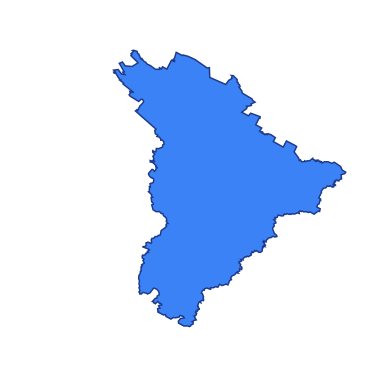 Tlalixcoyan, Veracruz, Mexico, rotated 298°
{"feature_id": "50627088B62084484750594", "entity_name": "Tlalixcoyan", "entity_type": "district", "adm_level": 2, "iso_a3": "MEX", "parent_name": "Mexico", "parent_adm1": "Veracruz", "projection": "equal_earth", "projection_center": [-96.202, 18.773], "detail": "fine", "context": "isolated", "style": "filled", "palette": "blue", "viewbox_px": 384, "rotation_deg": 298, "n_neighbors": 0, "source": "geoboundaries", "source_scale": "gbopen_adm2", "svg_char_len": 6043}
<svg xmlns="http://www.w3.org/2000/svg" viewBox="0 0 384 384"><g transform="rotate(298 192 192)"><path d="M289.0,73.1L288.9,74.5L285.4,73.2L285.1,74.5L283.7,74.1L280.8,83.7L274.7,80.2L272.0,73.8L274.1,69.5L271.5,67.4L266.3,75.6L265.3,74.6L264.1,77.5L263.0,74.4L265.5,69.3L262.8,65.6L262.0,67.8L261.0,66.6L260.4,67.6L261.2,68.6L257.0,75.9L258.0,77.2L256.8,76.0L256.0,80.6L255.0,80.4L252.4,94.0L251.5,89.9L250.2,91.2L248.3,90.8L247.6,92.2L246.9,102.5L249.8,103.4L250.5,104.8L250.3,105.4L249.3,106.8L247.4,106.8L243.5,105.6L238.5,105.8L238.9,104.8L237.0,104.0L230.6,130.7L228.8,130.2L226.2,132.3L226.2,135.1L224.6,134.9L225.0,137.2L224.6,138.9L223.1,140.1L223.8,141.1L223.3,143.2L221.3,144.9L220.1,144.1L217.7,144.8L214.6,142.2L213.7,140.1L210.6,141.2L209.9,139.4L210.2,138.0L209.7,138.0L208.6,138.8L208.1,141.3L205.2,140.7L203.4,142.8L201.9,142.7L201.7,144.2L200.8,143.7L200.2,140.3L199.0,140.9L199.8,144.6L199.4,144.5L198.3,147.9L197.4,148.1L197.7,148.8L197.0,149.8L196.3,149.1L194.8,149.7L192.6,149.2L193.5,147.0L193.2,146.1L188.3,144.9L187.2,145.3L186.0,147.3L185.4,149.5L185.8,149.9L185.6,151.8L184.1,152.9L182.1,153.3L179.7,151.0L177.5,152.5L176.7,151.9L176.3,152.9L175.6,152.5L172.5,154.0L171.8,153.5L170.8,157.5L169.4,158.1L168.9,159.7L167.7,158.6L164.4,161.1L163.9,163.1L162.9,163.6L161.7,162.5L158.0,166.0L157.8,169.6L159.4,172.4L158.6,174.9L159.2,176.4L157.7,178.0L157.1,181.2L155.5,182.8L154.0,183.0L153.0,185.4L152.7,184.6L151.1,184.4L150.2,184.8L150.1,185.5L148.9,185.5L143.5,182.9L139.1,184.2L137.8,182.5L136.7,182.5L135.2,180.3L133.1,179.9L132.2,178.4L130.6,178.4L128.3,180.2L127.5,180.0L127.1,176.7L125.4,175.3L123.6,176.5L122.1,176.3L120.4,173.9L121.1,180.0L120.9,181.6L118.9,180.6L118.3,181.7L117.9,180.7L116.8,180.9L116.0,179.9L115.1,180.3L113.3,179.1L113.3,178.2L112.1,178.0L110.5,179.0L110.2,181.1L108.5,180.8L106.9,183.2L104.0,181.7L103.5,182.7L101.8,182.2L101.6,182.8L99.8,183.2L98.4,184.3L97.6,183.7L95.6,184.6L93.5,184.3L90.4,185.6L88.9,187.3L86.0,188.3L84.0,190.3L82.8,190.0L80.4,192.4L78.8,192.1L78.4,193.3L77.5,193.7L78.1,195.1L80.4,195.9L81.3,199.5L81.0,200.5L83.3,202.3L89.0,203.2L89.5,204.4L89.5,206.9L88.5,209.4L86.0,211.3L83.7,210.1L81.7,210.9L80.9,209.5L76.7,208.4L77.0,209.7L76.2,210.1L76.1,212.1L79.4,213.2L78.4,215.4L79.0,216.6L78.5,217.9L77.9,218.3L76.9,216.5L75.8,215.9L74.4,218.2L72.9,216.4L70.6,217.9L70.5,218.8L70.0,218.6L70.0,224.5L71.3,226.1L69.9,227.5L69.9,233.1L72.4,234.4L73.0,236.2L75.4,239.3L77.4,239.4L78.0,242.9L77.2,244.3L74.9,241.3L71.5,240.6L69.9,241.7L69.9,247.7L71.8,251.3L71.9,252.8L73.1,253.7L74.3,253.6L75.7,254.9L77.0,254.6L77.5,253.2L77.8,253.8L78.9,253.6L81.1,255.8L82.2,253.6L83.0,253.4L83.4,252.0L85.3,253.4L86.9,253.1L87.1,251.8L88.3,251.4L88.6,252.5L90.0,252.7L90.3,252.0L91.9,253.5L92.6,253.1L92.8,251.5L94.0,251.2L94.1,250.3L97.4,249.9L98.5,250.1L98.4,251.7L99.2,250.9L100.7,251.3L101.5,253.1L102.7,252.7L103.5,251.4L104.9,251.4L107.1,248.9L107.1,247.7L109.8,247.5L110.9,248.0L111.0,248.9L112.6,248.6L114.2,250.2L114.6,253.6L115.1,254.1L116.2,253.3L117.5,255.8L119.6,257.4L120.0,259.5L123.5,259.8L123.5,262.4L126.7,265.4L126.8,267.3L131.6,266.8L133.1,268.0L134.4,266.4L136.9,266.8L138.9,268.5L141.3,268.9L142.1,270.8L142.5,269.5L144.7,271.2L146.8,270.0L146.8,272.1L147.4,272.2L149.0,271.3L149.4,269.3L151.0,268.9L151.4,266.8L152.7,266.3L153.2,267.5L154.3,268.1L155.2,266.7L156.1,269.0L156.8,268.2L159.8,269.4L160.1,270.4L161.2,270.8L161.4,272.2L164.2,273.9L165.3,273.0L166.6,273.6L167.3,273.1L167.6,274.7L169.8,274.8L169.6,276.2L170.7,276.7L170.1,278.9L170.8,280.7L172.8,281.7L174.8,280.7L176.2,280.9L176.6,280.0L177.3,280.3L178.0,282.0L178.6,280.6L179.5,281.7L181.5,278.1L182.1,279.0L181.7,280.3L182.6,278.9L182.7,280.8L184.8,280.3L188.0,281.7L188.8,283.2L190.7,284.0L191.3,286.5L192.6,287.9L193.4,287.2L194.2,284.0L197.2,280.6L198.4,280.0L200.4,280.7L202.2,279.1L204.1,280.6L205.4,279.3L205.9,277.2L207.4,278.5L208.3,277.2L209.6,279.1L212.0,278.9L213.0,282.5L214.0,283.9L216.0,283.8L216.3,285.3L217.5,286.2L217.8,288.3L218.8,289.0L218.7,289.9L220.3,291.2L220.3,292.3L221.5,293.7L223.0,294.6L223.4,296.8L224.9,295.7L225.9,296.1L226.2,297.9L226.9,298.3L226.9,300.0L228.3,302.2L228.6,304.5L229.9,305.6L229.7,310.2L234.1,312.2L234.7,313.8L237.3,313.1L237.4,309.2L240.0,308.9L241.4,309.8L245.2,308.8L245.2,309.4L246.2,308.8L246.3,306.7L252.4,306.5L253.9,305.7L257.2,306.4L258.5,308.2L260.8,308.6L261.4,310.6L262.4,311.1L262.2,313.7L263.0,314.6L263.8,313.9L264.8,315.2L265.1,313.6L265.8,314.7L266.5,312.9L268.4,313.9L268.7,312.7L270.7,314.0L270.3,315.0L270.7,316.5L272.5,316.6L273.8,317.9L277.2,315.5L280.0,318.3L281.7,318.4L281.8,314.4L284.3,311.2L285.1,303.7L282.9,301.9L282.6,298.1L281.0,294.9L279.1,293.3L278.2,293.7L279.4,292.2L278.7,291.5L279.2,291.4L278.8,290.8L279.2,290.6L278.9,290.1L279.5,288.6L278.7,287.4L278.0,288.1L277.6,287.5L278.2,287.3L277.9,286.0L277.2,286.0L277.8,284.6L277.7,283.3L278.4,282.8L274.7,281.2L273.6,279.0L272.4,278.3L272.5,276.9L271.5,276.9L270.2,274.5L271.3,272.7L270.1,272.0L272.0,270.3L275.4,263.3L281.2,263.1L281.5,261.7L281.4,251.4L274.5,251.5L274.7,240.1L279.1,240.1L279.7,234.8L279.1,231.6L278.1,231.6L278.2,230.3L277.3,230.2L277.4,229.0L276.9,229.1L276.9,226.6L278.0,226.6L278.0,225.2L277.3,225.2L277.4,223.1L281.2,223.5L281.3,216.7L288.8,216.6L289.0,217.4L290.5,216.8L289.1,206.8L285.8,206.1L285.8,198.4L291.0,201.0L293.3,200.8L293.4,200.1L295.5,203.1L296.5,203.8L297.5,202.8L300.9,205.5L301.3,202.7L302.4,201.2L302.9,190.0L304.6,188.6L306.7,184.2L307.7,184.9L309.1,183.4L309.2,182.1L310.3,181.2L310.2,180.2L312.5,179.1L314.1,173.7L313.4,172.2L313.2,173.2L311.7,173.2L311.0,174.0L307.8,172.0L302.8,171.3L301.5,153.9L309.9,149.0L308.6,147.1L310.4,132.6L310.0,125.2L308.8,119.8L308.0,119.6L307.9,112.5L302.0,113.7L300.1,113.2L299.9,115.1L298.8,115.2L298.7,112.0L288.7,112.1L288.7,107.2L286.2,107.2L286.6,104.3L285.6,105.9L285.0,105.7L283.2,101.9L284.1,95.4L283.8,92.9L284.8,90.2L284.9,87.9L286.3,85.2L285.4,85.2L285.6,84.1L288.7,80.4L289.1,78.6L290.4,77.5L289.8,74.0L289.0,73.1Z" fill="#3b82f6" stroke="#1e3a8a" stroke-width="1.5"/></g></svg>